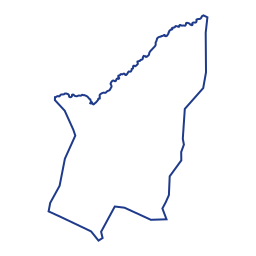 outline of Xangal, Bulgan, Mongolia
{"feature_id": "93677404B82174237712715", "entity_name": "Xangal", "entity_type": "district", "adm_level": 2, "iso_a3": "MNG", "parent_name": "Mongolia", "parent_adm1": "Bulgan", "projection": "mercator", "projection_center": [104.393, 49.375], "detail": "fine", "context": "isolated", "style": "outline", "palette": "blue", "viewbox_px": 256, "rotation_deg": 0, "n_neighbors": 0, "source": "geoboundaries", "source_scale": "gbopen_adm2", "svg_char_len": 5298}
<svg xmlns="http://www.w3.org/2000/svg" viewBox="0 0 256 256"><path d="M203.5,15.4L203.3,15.5L203.1,15.7L202.8,15.9L202.4,15.9L202.1,16.1L201.8,16.5L201.5,17.2L201.2,17.8L200.8,18.3L200.3,18.7L199.4,19.0L198.6,19.0L198.1,19.0L197.8,19.1L197.2,19.4L196.6,19.5L196.4,19.9L196.5,20.3L196.5,20.7L196.5,21.5L196.3,21.8L196.0,22.3L195.5,22.5L195.0,22.6L194.3,22.5L193.7,22.5L193.2,22.6L192.9,22.7L192.6,22.9L192.4,23.2L192.2,23.6L192.2,23.8L192.4,24.2L192.5,24.4L192.5,24.7L192.3,25.0L191.9,25.2L191.4,25.0L190.8,24.8L190.2,24.5L189.5,23.7L188.6,23.2L187.6,22.9L186.8,22.9L186.3,23.0L186.1,23.2L186.0,23.5L186.0,24.0L185.8,24.6L185.5,25.3L185.2,25.6L184.6,25.7L184.1,25.6L183.6,25.5L183.2,25.5L182.6,25.6L181.6,25.6L181.1,25.4L180.8,25.2L180.4,25.0L180.2,25.0L179.9,25.0L179.4,25.5L179.2,25.7L179.3,26.0L179.3,26.4L179.1,26.7L178.7,26.8L178.4,26.8L177.9,26.6L177.3,26.4L176.6,26.2L175.9,26.1L175.5,26.2L175.2,26.5L175.0,26.8L174.9,27.1L174.6,27.3L174.2,27.5L173.1,27.6L172.9,27.9L172.8,28.0L172.6,28.1L172.2,28.1L172.2,28.3L172.3,28.6L172.4,28.8L172.3,29.1L172.2,29.3L171.7,29.5L171.7,29.4L171.3,29.3L171.1,29.6L170.9,29.7L170.1,30.2L169.5,30.7L169.2,31.2L169.2,31.4L169.2,31.8L168.7,32.2L168.6,32.4L168.5,33.0L168.4,33.6L168.2,34.0L167.9,34.4L167.6,34.6L167.4,35.1L167.1,35.6L166.7,35.9L166.4,36.1L165.9,36.2L165.5,36.1L165.0,36.0L164.8,35.9L164.8,35.7L164.8,35.2L164.6,35.0L164.3,35.0L164.1,35.0L163.2,35.6L162.9,35.8L162.1,36.0L161.6,36.0L161.3,36.1L161.1,36.3L160.9,36.6L160.5,36.7L160.0,36.8L159.6,36.8L159.2,36.9L158.8,37.1L157.6,37.9L157.2,38.4L157.0,38.8L157.0,39.0L156.8,39.6L156.7,40.1L156.6,40.4L156.5,40.6L156.4,41.1L155.8,42.2L155.6,42.7L155.6,43.2L155.7,43.7L155.7,44.3L155.6,45.0L155.3,45.7L154.7,46.5L153.0,48.3L151.9,49.5L150.8,50.6L150.2,51.4L149.7,52.1L149.3,52.9L149.2,53.3L149.2,53.8L149.1,54.2L148.9,54.8L148.5,55.3L147.7,56.0L147.2,56.4L146.9,56.7L146.6,56.8L146.4,56.8L146.1,56.9L146.0,56.6L145.9,56.5L145.5,56.2L145.3,56.2L144.8,56.3L144.6,56.3L144.2,56.1L143.9,55.9L143.7,55.9L143.4,56.4L142.8,57.4L142.9,57.9L142.8,58.4L142.7,58.9L142.4,59.3L141.9,59.6L141.4,59.8L141.0,59.8L140.8,59.8L140.6,59.9L140.4,60.1L140.1,60.6L139.9,60.9L139.6,61.0L139.3,61.0L138.9,61.1L137.5,61.5L137.4,61.6L137.4,61.9L137.4,62.1L137.5,62.3L137.8,63.0L137.8,63.5L137.8,63.9L137.6,64.2L137.2,64.6L136.8,65.0L135.7,66.0L135.4,66.2L135.1,66.2L134.9,66.1L134.3,65.8L134.0,65.7L133.8,65.7L133.6,65.8L133.3,66.1L133.1,66.3L133.1,66.6L133.1,67.7L133.1,68.0L132.9,68.4L132.7,68.6L132.0,68.8L131.9,68.9L131.7,69.0L131.7,69.5L131.7,69.8L131.6,70.1L131.3,70.6L131.2,71.0L130.8,71.5L130.0,71.7L129.7,71.7L129.4,71.7L129.0,71.5L128.9,71.5L128.7,71.5L127.9,72.5L127.5,73.5L127.1,74.0L126.8,74.2L126.6,74.5L126.3,74.9L125.9,75.0L125.6,75.0L125.3,74.9L125.1,74.7L124.8,74.3L124.7,73.9L124.3,73.7L123.9,73.7L123.5,73.7L123.2,73.8L122.8,74.1L122.5,74.3L122.1,74.3L121.8,74.3L121.2,74.1L120.7,74.2L120.5,74.3L120.3,74.6L120.0,75.1L119.7,75.3L119.3,75.5L119.0,75.6L118.5,75.6L118.4,75.7L118.3,75.8L118.3,76.0L118.4,76.5L118.3,77.2L118.4,77.4L118.9,77.7L119.1,77.9L119.2,78.1L119.1,78.5L118.9,78.7L118.5,78.9L118.1,78.8L117.6,78.7L117.2,78.6L116.9,78.7L116.6,79.0L116.4,79.5L116.1,80.0L116.0,80.4L116.0,80.6L115.9,80.8L115.6,81.0L115.2,81.2L114.8,81.2L114.5,81.1L113.7,80.6L113.4,80.5L113.1,80.5L112.9,80.6L112.6,80.8L112.2,81.0L111.5,81.8L110.6,83.5L110.6,83.8L110.7,84.2L110.8,84.4L111.0,84.8L111.2,85.1L111.4,85.6L111.5,86.1L111.5,86.5L111.4,86.8L111.3,87.3L110.9,87.9L110.5,88.5L110.2,89.2L109.8,89.9L109.3,90.3L108.6,90.7L107.9,90.9L107.5,91.1L107.0,91.4L106.6,91.8L106.1,92.3L105.7,92.7L105.2,92.8L104.8,92.8L104.3,92.8L104.0,92.7L103.4,92.7L103.0,92.8L102.4,93.0L102.0,93.2L100.9,93.8L100.1,94.5L99.8,94.8L99.7,95.2L99.6,95.7L99.7,96.4L99.8,96.9L99.7,97.3L99.6,97.7L99.7,97.8L99.8,98.0L99.8,98.4L99.7,98.6L99.2,98.7L98.7,98.6L98.3,98.8L98.2,99.0L98.1,99.7L98.0,100.0L97.7,100.4L96.9,101.3L96.0,102.4L95.3,102.9L93.7,104.3L93.4,104.3L93.2,104.3L93.0,104.2L92.8,103.9L91.9,103.5L91.4,103.4L91.0,103.4L90.4,103.4L90.2,103.2L90.4,102.9L90.8,102.8L91.5,102.9L91.9,103.0L92.0,103.0L92.2,102.9L92.1,102.6L91.9,102.3L91.5,102.0L91.0,101.4L90.7,100.8L90.5,100.3L90.4,99.7L90.3,99.4L89.6,99.0L89.2,98.7L87.9,97.1L87.4,96.6L86.8,96.2L86.4,96.0L84.8,95.3L84.3,95.1L83.9,95.1L83.6,95.2L83.1,95.1L82.4,94.8L82.2,94.8L81.8,95.0L81.4,95.4L80.8,95.7L80.2,95.7L79.2,95.5L78.8,95.5L78.4,95.6L77.3,96.1L76.6,96.3L75.9,96.2L75.2,96.0L74.6,95.8L74.3,95.6L74.0,95.2L73.8,94.9L73.4,94.6L73.2,94.6L72.6,94.6L72.4,94.7L72.1,94.8L72.0,95.0L72.0,95.3L71.9,96.2L71.7,96.5L71.3,96.9L70.8,97.1L70.4,97.2L69.8,97.1L69.4,96.9L69.2,96.7L69.1,96.3L68.9,95.1L68.7,94.8L68.4,94.5L68.0,94.3L67.8,94.0L67.2,93.9L66.6,93.6L66.4,93.5L65.9,93.5L65.2,93.5L64.8,93.6L64.5,93.9L63.9,94.3L63.3,94.4L61.6,94.5L61.0,94.6L60.7,94.8L60.3,95.2L59.8,95.9L59.4,96.3L59.1,96.4L58.8,96.4L58.5,96.2L58.1,96.1L57.6,96.1L57.3,96.3L56.9,96.4L55.6,97.2L55.0,97.2L54.9,100.1L64.7,110.7L73.3,129.7L75.3,135.6L64.9,158.7L59.6,185.8L50.2,202.9L48.6,211.4L61.3,217.2L91.1,231.4L98.5,240.6L102.6,238.0L101.1,231.8L114.8,206.5L124.5,207.7L150.9,219.8L166.5,219.3L162.4,208.5L165.8,202.1L168.9,195.1L169.7,176.3L181.3,160.4L181.2,152.0L183.9,144.6L182.8,138.8L184.8,108.9L203.2,88.1L206.0,72.3L205.7,32.6L207.4,17.3L203.5,15.4Z" fill="none" stroke="#1e3a8a" stroke-width="2"/></svg>